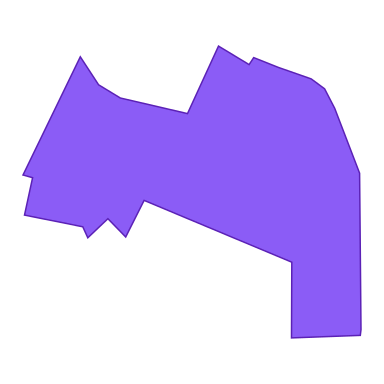 outline of Mvurwi, Mashonaland Central, Zimbabwe, rotated 180°
{"feature_id": "62879985B19451757525909", "entity_name": "Mvurwi", "entity_type": "district", "adm_level": 2, "iso_a3": "ZWE", "parent_name": "Zimbabwe", "parent_adm1": "Mashonaland Central", "projection": "orthographic", "projection_center": [30.851, -17.024], "detail": "fine", "context": "isolated", "style": "filled", "palette": "violet", "viewbox_px": 384, "rotation_deg": 180, "n_neighbors": 0, "source": "geoboundaries", "source_scale": "gbopen_adm2", "svg_char_len": 470}
<svg xmlns="http://www.w3.org/2000/svg" viewBox="0 0 384 384"><g transform="rotate(180 192 192)"><path d="M105.4,316.5L130.3,326.4L134.9,319.4L165.5,337.9L196.5,270.4L263.7,286.0L285.4,299.2L303.7,327.2L361.0,209.0L351.4,206.3L359.5,168.9L301.2,157.2L296.2,146.2L276.1,165.3L258.3,147.0L239.9,183.6L92.2,121.8L92.5,46.1L24.4,48.6L23.7,48.6L23.0,54.4L24.4,210.8L49.3,275.7L59.4,295.2L72.8,305.1L105.4,316.5Z" fill="#8b5cf6" stroke="#5b21b6" stroke-width="1.5"/></g></svg>